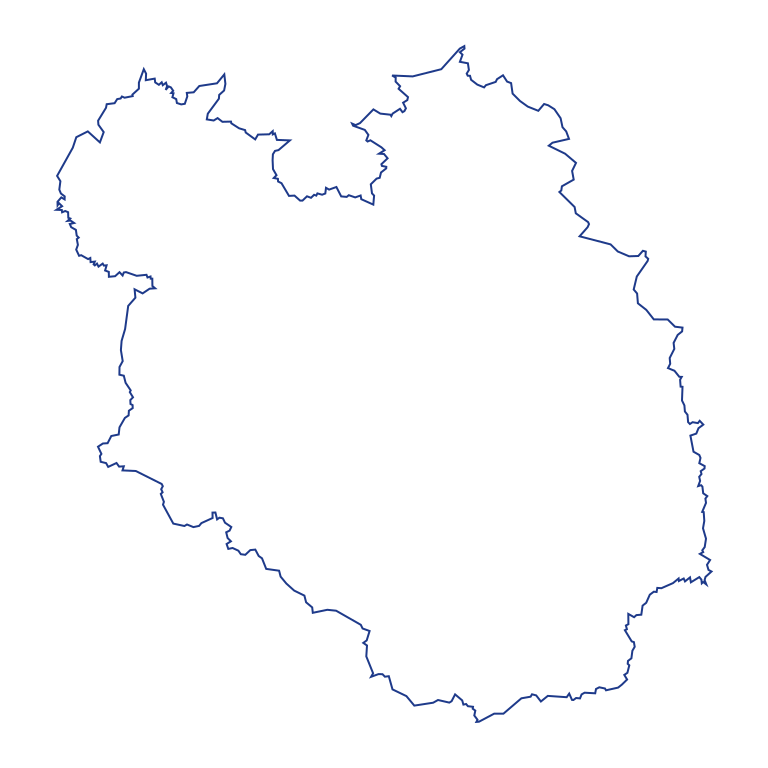 outline of Talpa de Allende, Jalisco, Mexico
{"feature_id": "50627088B38864018180233", "entity_name": "Talpa de Allende", "entity_type": "district", "adm_level": 2, "iso_a3": "MEX", "parent_name": "Mexico", "parent_adm1": "Jalisco", "projection": "albers", "projection_center": [-105.005, 20.299], "detail": "fine", "context": "isolated", "style": "outline", "palette": "blue", "viewbox_px": 768, "rotation_deg": 0, "n_neighbors": 0, "source": "geoboundaries", "source_scale": "gbopen_adm2", "svg_char_len": 6015}
<svg xmlns="http://www.w3.org/2000/svg" viewBox="0 0 768 768"><path d="M703.3,424.6L699.7,420.8L697.9,423.1L692.6,422.2L689.9,424.0L688.1,422.1L687.5,414.8L684.9,411.5L684.4,405.4L682.0,400.5L682.5,386.8L680.6,386.6L680.1,379.7L681.7,376.9L679.3,376.8L674.5,370.8L668.0,368.1L670.2,363.8L669.7,358.0L674.3,348.9L673.6,342.9L677.7,334.9L682.1,331.4L682.5,327.6L675.0,326.7L667.7,319.5L653.8,319.4L646.3,309.9L637.9,303.3L637.1,293.5L633.7,289.5L636.8,276.5L647.6,261.0L648.2,258.8L645.5,256.4L645.8,251.6L642.9,250.8L638.3,256.0L629.1,256.3L617.8,251.5L610.6,244.4L579.6,236.3L587.6,227.2L589.0,224.1L588.1,222.1L575.8,213.3L574.6,207.0L559.4,192.0L561.3,190.5L561.9,186.3L573.7,179.6L572.1,170.9L576.0,162.9L565.1,153.7L548.8,145.7L552.5,142.7L569.0,138.9L566.2,131.4L562.5,127.2L560.6,118.2L554.4,109.2L548.2,105.3L544.1,104.0L538.3,110.8L527.8,106.6L520.0,101.0L512.6,93.6L511.1,83.1L507.1,81.6L503.0,75.3L497.0,79.2L495.7,81.9L485.9,85.2L484.1,87.4L477.3,84.6L471.1,79.8L470.0,75.8L467.7,75.7L466.7,73.6L468.9,70.0L467.9,63.3L459.9,61.8L462.5,54.7L459.9,52.2L464.5,48.6L464.3,46.1L459.8,48.6L441.3,69.2L412.7,76.4L392.1,75.5L395.7,77.6L395.6,81.6L400.1,86.2L398.6,88.8L408.0,97.1L407.3,100.1L403.1,102.7L405.9,108.3L404.4,111.1L402.5,112.2L400.0,108.8L392.6,113.6L391.3,116.1L390.4,114.7L380.3,113.6L373.4,109.4L360.0,123.1L355.6,125.1L352.1,123.6L353.1,125.7L364.8,129.9L368.4,134.9L366.3,140.4L367.6,141.5L370.4,140.3L381.4,147.3L384.6,150.2L379.0,153.7L384.0,154.0L387.6,158.3L381.4,164.2L381.9,165.9L386.3,166.8L386.2,168.4L381.0,172.5L379.7,177.8L376.6,178.6L370.8,184.3L372.0,193.4L374.1,195.6L373.3,204.6L361.3,199.2L360.6,195.5L355.2,197.4L348.8,195.2L346.7,196.9L341.2,196.4L336.4,187.0L329.1,189.6L326.0,187.8L325.3,193.5L322.1,194.7L317.4,193.4L316.3,195.6L314.1,194.8L311.0,197.8L307.0,196.3L302.5,200.6L300.1,200.6L294.5,195.6L289.0,195.9L281.5,183.2L278.1,181.5L277.9,178.8L273.8,178.0L276.5,175.2L273.0,169.1L272.6,160.1L272.9,154.3L275.0,150.9L278.5,150.1L289.9,140.4L276.9,139.9L274.9,133.4L272.8,134.4L272.7,131.2L269.2,134.3L258.0,134.6L255.2,139.4L245.7,132.5L245.1,130.1L239.1,128.3L231.3,123.3L231.0,121.6L222.4,121.8L217.6,118.1L213.7,120.5L206.8,119.4L207.8,113.7L218.9,98.7L219.2,94.9L224.1,90.5L225.4,83.9L224.3,74.4L217.0,83.3L199.3,86.0L193.7,92.3L186.8,92.9L187.3,96.4L184.8,103.8L181.2,104.4L176.9,103.0L176.2,99.1L172.4,97.2L173.5,93.3L171.2,93.0L173.2,90.8L170.9,87.4L168.7,86.4L165.7,89.9L167.1,86.1L166.0,82.7L162.8,85.2L161.7,82.3L158.9,84.8L155.2,82.4L154.7,78.6L145.8,80.2L146.1,73.7L143.8,69.2L138.9,82.6L138.9,88.7L132.4,94.6L132.7,96.1L124.6,97.7L121.9,96.5L120.6,98.5L117.2,99.1L114.6,103.2L106.7,104.2L106.0,107.8L98.1,120.7L98.4,124.7L103.7,132.1L99.9,142.4L87.8,131.4L76.3,137.2L72.8,147.7L57.1,175.9L60.4,181.2L59.3,189.6L60.9,193.5L64.7,196.4L64.6,199.4L61.3,197.4L57.5,201.8L57.6,205.3L59.0,203.2L62.1,206.2L56.5,209.8L61.8,210.0L62.1,212.3L65.2,211.0L68.1,212.2L68.3,217.8L70.2,218.5L67.6,220.9L70.6,220.6L74.1,223.0L69.8,224.0L71.2,227.2L75.9,229.9L76.7,235.6L78.7,237.6L76.8,239.1L77.9,244.9L76.2,249.6L79.1,255.8L81.2,255.2L88.1,259.1L90.3,258.0L90.6,262.1L94.8,261.6L93.6,264.3L94.8,265.4L97.0,263.6L98.5,266.6L102.7,263.6L103.9,265.6L106.6,265.3L105.1,270.5L108.8,271.9L108.9,276.8L115.1,276.2L119.5,272.2L122.6,275.5L123.8,272.5L126.0,272.1L136.7,275.8L146.5,274.8L147.5,277.5L150.5,276.5L150.7,278.7L152.3,278.7L152.4,286.0L155.1,288.3L149.6,288.7L142.6,293.4L134.6,289.3L135.4,297.7L128.2,305.9L125.1,329.0L121.6,340.9L120.9,350.1L122.7,361.1L119.5,367.0L119.4,374.7L123.8,375.7L125.6,382.8L130.7,390.4L129.8,392.1L133.0,397.3L130.3,400.1L130.5,404.0L132.6,405.1L132.7,408.1L128.9,410.7L128.6,415.4L124.9,417.9L119.5,427.3L118.7,434.5L111.3,436.0L107.6,443.2L102.9,443.5L98.0,446.7L101.4,453.9L99.9,456.1L100.7,461.8L106.1,463.1L108.2,466.9L116.5,463.0L119.1,466.6L123.8,466.3L122.5,470.4L135.8,471.0L161.7,484.0L162.8,486.2L161.2,489.2L162.6,492.3L160.8,493.9L163.9,501.8L163.0,504.7L173.3,523.6L184.4,526.0L187.0,524.5L193.4,527.1L199.1,525.9L201.4,523.1L212.6,518.0L212.5,512.6L215.4,512.5L217.1,519.4L219.4,517.7L222.9,518.3L225.0,522.7L231.3,527.0L229.6,530.6L226.2,532.3L227.6,538.0L230.9,541.3L226.6,544.0L228.3,548.9L232.6,548.0L238.4,550.7L240.8,554.2L245.3,554.8L250.3,550.1L255.3,549.6L258.7,556.0L262.0,558.3L266.2,568.9L279.1,570.7L280.6,576.6L286.3,583.5L294.2,590.6L304.4,595.6L306.1,602.3L312.2,607.4L312.8,612.8L327.3,609.8L336.1,610.7L360.8,624.8L362.6,628.5L369.6,631.0L366.7,640.4L363.3,642.9L367.0,645.5L366.3,656.4L373.1,673.3L371.1,676.8L378.5,674.1L382.5,674.2L384.9,676.7L388.8,676.2L392.5,689.4L406.4,696.1L414.3,705.6L433.2,702.7L438.0,700.0L449.3,702.6L451.6,701.2L455.1,694.4L462.2,700.4L463.4,704.6L466.1,704.0L467.9,706.2L473.0,706.8L472.7,708.7L475.3,710.6L474.3,715.5L477.5,719.8L476.4,721.9L479.0,721.7L494.1,713.7L503.4,713.7L521.4,698.3L530.6,696.7L532.0,694.3L536.2,695.4L540.9,701.5L547.8,695.9L566.7,697.2L569.2,693.6L572.0,699.9L573.4,700.0L576.1,698.0L580.0,698.4L581.6,694.4L584.6,692.7L595.2,693.3L596.0,689.0L599.3,687.3L605.0,688.5L606.0,690.3L618.1,687.6L621.9,684.6L627.1,679.5L624.3,674.9L627.4,672.8L629.3,665.3L627.7,663.8L628.0,660.9L631.4,658.3L632.4,650.7L634.7,646.8L633.9,642.1L631.7,641.4L624.9,630.2L626.9,629.2L625.9,625.5L628.4,624.2L628.3,613.9L634.1,617.2L636.4,615.1L641.3,614.7L642.6,605.6L646.2,602.8L649.8,594.7L653.8,591.7L656.6,592.0L657.3,587.9L661.4,588.2L673.0,583.1L678.6,578.5L678.9,581.0L683.7,578.5L685.0,581.4L690.0,577.4L690.9,582.3L699.3,577.1L701.4,579.6L701.8,583.3L703.2,582.0L706.3,584.4L704.6,580.1L705.5,576.9L711.5,571.5L708.5,569.9L707.0,564.8L710.1,560.0L699.9,553.9L703.2,552.1L702.3,550.3L704.7,547.1L706.0,538.7L703.0,528.3L704.3,520.9L703.7,512.1L702.2,511.9L706.0,502.9L705.4,498.6L707.3,496.1L703.2,493.3L702.4,486.6L701.1,485.2L698.2,486.1L700.1,480.9L699.2,476.8L701.5,474.0L700.7,471.2L704.5,468.5L704.7,466.1L699.3,463.2L700.5,457.9L699.3,455.0L693.5,451.7L690.4,435.6L696.3,433.6L698.5,428.2L703.3,424.6Z" fill="none" stroke="#1e3a8a" stroke-width="2"/></svg>